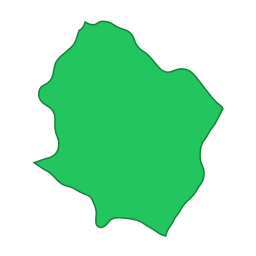 Guananico, Puerto Plata, Dominican Republic, rotated 186°
{"feature_id": "3306468B53789709824921", "entity_name": "Guananico", "entity_type": "district", "adm_level": 2, "iso_a3": "DOM", "parent_name": "Dominican Republic", "parent_adm1": "Puerto Plata", "projection": "albers", "projection_center": [-70.91, 19.688], "detail": "fine", "context": "isolated", "style": "filled", "palette": "green", "viewbox_px": 256, "rotation_deg": 186, "n_neighbors": 0, "source": "geoboundaries", "source_scale": "gbopen_adm2", "svg_char_len": 2055}
<svg xmlns="http://www.w3.org/2000/svg" viewBox="0 0 256 256"><g transform="rotate(186 128 128)"><path d="M217.8,83.7L208.7,78.8L203.0,76.3L200.7,75.0L198.3,73.3L191.6,67.7L187.8,65.4L184.8,64.4L179.1,63.3L176.2,62.5L168.6,59.1L160.5,56.7L158.2,55.4L157.2,54.4L155.7,52.2L153.1,47.5L151.9,45.0L151.0,42.0L150.7,40.4L150.3,32.6L149.8,29.8L149.3,28.5L148.3,27.4L147.1,26.7L145.8,26.3L144.5,26.3L143.3,26.6L141.2,27.8L138.8,30.4L136.1,34.4L135.3,35.3L132.9,36.7L130.0,37.5L126.9,37.9L122.0,38.1L117.0,38.0L110.3,37.4L105.6,36.2L98.0,32.3L92.6,29.9L86.4,26.6L83.7,25.5L79.3,24.5L78.4,28.9L77.4,31.6L74.1,37.9L71.9,43.4L67.7,50.8L65.2,56.2L62.6,60.1L57.4,66.2L55.6,68.7L54.0,71.4L52.2,75.5L49.5,80.4L48.4,83.0L48.0,84.4L47.5,87.5L47.8,92.0L48.5,95.0L51.7,101.2L52.2,102.5L53.1,105.5L53.5,108.6L53.7,111.7L53.6,114.8L53.2,117.9L52.5,120.9L51.9,122.2L48.5,128.4L46.1,133.9L41.9,141.2L35.6,157.1L36.7,158.7L37.5,159.4L41.7,162.1L46.4,166.0L52.1,171.7L65.8,185.9L69.4,189.1L72.0,190.8L73.4,191.5L76.4,192.3L79.4,192.5L82.4,192.2L85.2,191.4L90.0,189.0L92.4,188.0L95.3,187.6L98.2,188.1L100.9,189.3L104.5,192.2L112.4,199.9L115.9,202.9L118.5,204.6L123.6,207.3L125.8,209.0L128.6,212.1L130.0,214.5L131.9,218.4L133.5,220.6L135.5,222.6L137.9,224.2L140.7,225.2L146.5,226.5L149.3,227.4L155.6,230.4L156.9,230.9L159.8,231.5L164.0,231.5L166.5,230.9L167.6,230.4L171.0,227.8L173.3,227.1L175.9,227.1L177.3,227.3L179.5,228.0L181.7,229.0L182.7,225.2L183.7,223.0L185.1,221.2L186.8,220.1L189.0,210.0L190.0,207.1L190.7,205.6L193.6,201.6L202.7,191.9L204.7,189.3L206.3,186.4L206.8,185.0L207.4,182.0L208.3,172.8L209.0,169.9L209.6,168.5L211.0,166.2L212.8,164.2L214.8,162.7L217.8,160.6L218.7,159.7L219.9,157.3L220.4,154.6L220.3,151.7L220.0,150.3L219.4,148.9L217.9,146.5L217.0,145.5L214.8,143.7L208.6,140.5L206.4,139.0L204.4,136.9L202.9,134.5L202.3,133.1L201.6,130.2L200.7,121.0L200.1,118.0L199.1,115.3L196.0,109.0L195.3,106.0L195.1,101.4L195.6,98.4L196.1,97.0L197.6,94.5L198.5,93.4L200.7,91.6L203.2,90.2L208.5,88.1L217.8,83.7Z" fill="#22c55e" stroke="#15803d" stroke-width="1.5"/></g></svg>